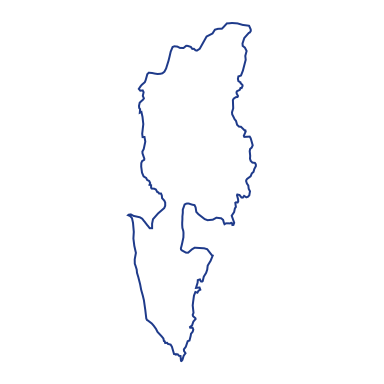 Lupatapata, Kasaï-Oriental, Democratic Republic of the Congo (Equal Earth projection)
{"feature_id": "63176286B66669834222633", "entity_name": "Lupatapata", "entity_type": "district", "adm_level": 2, "iso_a3": "COD", "parent_name": "Democratic Republic of the Congo", "parent_adm1": "Kasaï-Oriental", "projection": "equal_earth", "projection_center": [23.576, -6.023], "detail": "fine", "context": "isolated", "style": "outline", "palette": "blue", "viewbox_px": 384, "rotation_deg": 0, "n_neighbors": 0, "source": "geoboundaries", "source_scale": "gbopen_adm2", "svg_char_len": 4575}
<svg xmlns="http://www.w3.org/2000/svg" viewBox="0 0 384 384"><path d="M138.8,88.9L140.3,90.7L142.7,90.4L143.6,92.2L142.8,95.9L143.9,98.3L143.2,99.5L141.3,101.2L139.7,102.7L139.0,105.9L139.2,108.0L140.1,109.2L139.8,112.7L141.4,111.9L142.5,116.9L143.3,124.1L142.2,133.7L142.4,135.5L142.6,137.1L144.5,137.0L145.3,141.6L144.2,146.8L143.7,149.1L142.8,150.8L142.4,151.5L142.5,153.4L144.3,158.6L144.2,159.8L142.1,161.1L141.3,163.1L141.2,166.6L142.0,172.6L143.6,176.4L146.2,178.0L147.1,179.9L149.2,181.0L150.2,183.1L149.5,184.8L151.1,185.2L151.1,187.7L151.6,188.5L151.8,188.5L152.3,188.6L154.2,188.7L155.9,189.5L157.3,192.1L158.3,192.3L159.1,193.5L161.0,193.5L161.8,195.4L162.1,198.2L164.3,200.6L165.2,202.6L165.2,205.8L164.2,208.1L158.1,213.4L153.0,219.2L152.1,223.6L152.1,228.2L150.5,228.2L149.7,228.2L148.0,226.0L147.1,225.0L146.3,223.9L145.5,222.9L144.7,221.8L143.8,220.8L143.0,219.7L142.2,218.7L141.4,218.2L140.7,217.8L139.9,217.3L133.6,215.9L131.7,214.9L130.8,214.4L128.7,214.7L128.1,215.2L130.2,216.1L132.0,218.2L133.0,222.8L133.8,231.9L133.4,238.5L134.3,245.8L135.9,252.9L134.9,258.3L134.7,259.5L134.8,263.8L135.5,265.7L136.7,269.6L137.0,272.8L138.3,277.1L140.1,284.2L141.1,289.5L141.5,291.0L142.8,295.6L143.9,300.2L145.3,310.1L146.3,318.6L147.1,320.1L147.6,320.3L149.2,321.5L151.8,323.5L153.7,325.7L156.0,328.9L157.5,331.9L161.7,336.4L163.4,338.5L163.9,341.0L164.7,341.3L165.2,343.0L167.1,342.8L167.9,343.9L170.6,344.6L171.9,346.7L173.5,352.2L174.0,354.0L175.3,354.3L175.8,354.1L176.0,354.6L176.9,354.4L177.7,354.3L179.0,355.8L180.5,356.0L181.0,360.8L181.5,361.0L182.4,359.9L183.7,355.7L185.5,353.2L184.0,351.0L183.9,349.3L185.8,346.8L187.7,341.2L189.5,340.5L190.7,335.8L191.0,333.8L192.7,331.7L193.3,329.6L192.6,327.8L190.2,327.7L190.0,327.0L192.1,325.4L192.5,324.1L193.4,321.5L195.6,319.0L195.4,318.2L193.1,316.2L192.7,314.9L193.5,312.8L192.7,305.4L193.2,301.2L194.0,295.5L194.8,293.5L195.1,292.7L195.4,292.0L197.4,292.7L198.6,290.6L200.3,289.7L199.5,287.5L196.0,287.9L197.6,282.7L197.8,280.1L199.9,279.4L200.1,279.8L200.9,281.4L202.0,281.6L202.4,281.3L202.7,281.1L203.8,276.6L206.1,272.9L207.2,269.7L207.7,265.6L209.8,262.1L210.5,261.0L210.6,260.8L212.7,255.6L212.0,255.4L207.2,249.2L204.2,248.3L194.7,247.7L192.0,249.3L188.1,252.7L186.9,252.7L185.9,252.6L181.9,250.4L181.0,249.5L180.9,248.2L181.3,246.8L181.8,244.8L182.3,242.6L182.8,240.2L183.4,237.4L183.5,232.9L183.3,231.0L182.4,227.9L182.2,225.0L182.2,222.6L182.4,219.2L182.4,216.4L182.8,212.9L182.8,209.6L183.7,207.1L184.6,204.5L186.2,203.7L187.1,203.5L187.9,203.5L188.6,203.5L190.4,204.1L192.3,204.7L194.5,205.1L195.6,207.4L196.3,211.9L198.4,214.2L204.7,219.1L207.6,220.2L209.4,220.0L212.8,219.7L216.4,217.7L221.2,218.3L223.1,219.9L223.9,222.8L224.5,224.2L225.7,223.5L226.1,223.3L230.2,223.4L231.2,222.8L231.6,223.0L232.0,223.2L232.4,225.0L233.4,224.9L234.2,222.8L231.7,215.7L234.1,212.1L234.9,208.4L235.9,206.9L235.8,206.4L235.3,202.8L236.0,202.3L237.6,202.5L238.2,201.5L238.1,199.4L237.0,195.2L237.2,194.7L237.3,194.5L239.5,195.0L241.5,197.5L242.8,197.6L244.1,195.9L245.5,196.8L246.4,197.3L247.9,196.8L249.3,195.3L249.9,191.8L250.0,191.3L248.7,188.8L248.3,185.5L246.9,183.5L246.1,181.0L246.3,180.1L247.1,178.9L250.6,176.3L251.8,173.4L253.5,171.9L254.3,169.0L255.9,166.0L255.8,164.5L255.8,164.3L254.9,162.9L254.2,162.8L252.4,162.6L250.7,160.9L250.0,158.7L250.2,155.9L249.7,151.1L249.9,150.2L250.1,149.0L251.7,147.6L252.7,145.3L251.0,139.3L250.6,138.1L249.7,136.6L244.3,136.9L244.2,136.7L243.8,135.8L245.7,131.5L245.4,130.5L244.9,130.7L241.0,126.8L239.0,126.6L237.1,124.8L236.3,121.9L235.9,120.7L234.7,119.4L233.3,116.5L232.2,114.4L232.0,112.3L233.2,108.3L232.9,100.1L233.7,98.6L234.9,97.8L235.8,97.2L237.5,97.0L238.0,96.0L236.7,93.6L236.5,92.2L237.0,91.2L239.7,89.9L240.5,88.0L241.6,88.1L242.6,85.9L242.4,84.9L240.7,83.3L240.5,82.9L240.5,82.4L238.4,81.1L237.9,78.9L238.4,76.4L239.7,76.0L241.0,75.5L242.9,70.6L244.4,64.8L245.7,59.8L245.3,55.9L246.6,51.0L244.9,47.6L242.7,45.9L242.5,43.5L244.3,38.0L248.8,32.9L249.6,32.6L249.8,32.5L250.2,31.9L250.8,30.9L250.7,29.4L249.1,25.8L248.0,25.6L242.6,24.9L237.5,23.4L232.0,23.0L229.2,23.3L226.9,23.4L223.6,27.0L221.9,28.7L218.0,28.8L214.9,29.7L212.5,33.5L207.8,35.9L206.6,36.5L199.7,48.8L196.9,50.6L195.5,50.3L193.9,48.8L192.3,48.9L190.8,46.9L187.7,45.9L186.2,45.8L183.5,48.0L179.9,47.9L177.4,46.6L174.4,46.3L172.6,47.0L170.7,51.6L169.5,56.8L168.5,60.8L166.1,68.5L164.4,71.7L162.4,73.3L160.3,73.8L157.6,74.0L154.9,73.6L152.1,73.0L148.8,72.7L147.3,74.2L146.4,77.5L145.6,80.3L144.8,82.2L141.7,84.9L140.7,86.1L138.8,88.9Z" fill="none" stroke="#1e3a8a" stroke-width="2"/></svg>